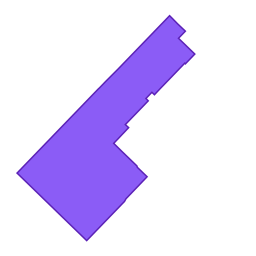 outline of Lincoln, Wyoming, United States of America, rotated 44°
{"feature_id": "52423323B30273170128574", "entity_name": "Lincoln", "entity_type": "district", "adm_level": 2, "iso_a3": "USA", "parent_name": "United States of America", "parent_adm1": "Wyoming", "projection": "equal_earth", "projection_center": [-110.817, 42.447], "detail": "fine", "context": "isolated", "style": "filled", "palette": "violet", "viewbox_px": 256, "rotation_deg": 44, "n_neighbors": 0, "source": "geoboundaries", "source_scale": "gbopen_adm2", "svg_char_len": 818}
<svg xmlns="http://www.w3.org/2000/svg" viewBox="0 0 256 256"><g transform="rotate(44 128 128)"><path d="M176.5,237.7L176.5,205.0L176.5,183.2L175.7,180.3L175.6,149.8L162.0,149.8L160.8,149.1L139.7,149.1L128.4,149.0L128.2,127.3L123.7,127.4L123.7,94.4L120.4,94.3L120.4,85.7L123.9,85.7L123.8,77.6L123.8,42.0L124.7,42.0L124.7,28.4L102.0,28.4L102.0,18.5L91.1,18.6L79.9,18.3L79.9,33.3L79.9,34.1L79.9,34.7L79.9,35.6L79.9,48.8L79.9,49.3L79.9,49.6L79.9,50.3L79.9,51.0L79.9,52.1L79.9,52.3L79.9,52.7L79.9,54.2L79.9,54.6L79.9,54.8L79.9,55.0L79.9,55.5L79.9,61.0L79.9,61.7L79.9,62.4L79.9,63.7L79.9,73.6L79.9,92.8L79.6,110.4L79.6,119.1L79.5,120.2L79.5,139.9L79.5,148.5L79.5,159.4L79.5,161.0L79.5,165.2L79.5,166.0L79.5,183.9L79.5,212.1L79.5,237.5L124.8,237.6L176.5,237.7Z" fill="#8b5cf6" stroke="#5b21b6" stroke-width="1.5"/></g></svg>